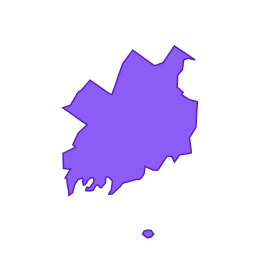 Lincoln, Maine, United States of America, rotated 23°
{"feature_id": "52423323B80760419757691", "entity_name": "Lincoln", "entity_type": "district", "adm_level": 2, "iso_a3": "USA", "parent_name": "United States of America", "parent_adm1": "Maine", "projection": "robinson", "projection_center": [-69.539, 44.048], "detail": "fine", "context": "isolated", "style": "filled", "palette": "violet", "viewbox_px": 256, "rotation_deg": 23, "n_neighbors": 0, "source": "geoboundaries", "source_scale": "gbopen_adm2", "svg_char_len": 1376}
<svg xmlns="http://www.w3.org/2000/svg" viewBox="0 0 256 256"><g transform="rotate(23 128 128)"><path d="M138.6,34.4L134.8,54.2L133.0,55.8L128.1,60.4L101.9,54.5L101.6,55.9L98.0,71.0L100.2,103.3L97.8,103.8L74.4,98.9L70.3,111.6L68.2,114.3L66.1,129.6L60.2,134.9L75.3,138.0L77.4,138.7L89.1,141.0L84.2,152.2L83.7,164.8L87.3,166.2L78.1,176.7L84.4,190.5L91.2,188.4L89.7,198.6L89.8,198.6L91.1,198.8L92.8,200.0L92.8,201.3L98.1,209.4L99.8,213.1L102.3,209.3L101.7,205.3L101.1,201.1L102.0,195.0L105.8,192.0L107.1,192.7L107.0,194.8L109.3,198.0L110.8,196.5L111.3,194.6L111.3,192.2L113.5,188.1L116.0,187.8L117.5,190.3L116.6,196.7L115.1,198.4L113.5,198.3L113.2,201.8L113.6,202.2L117.6,200.7L120.2,199.1L121.0,193.2L121.7,192.6L122.8,192.4L125.4,193.6L126.8,193.4L128.7,187.1L127.3,183.5L127.2,181.8L127.6,181.1L129.0,180.6L133.9,182.5L135.1,184.8L136.8,192.3L136.1,194.7L136.4,196.6L139.4,194.6L143.8,184.6L144.5,181.1L156.1,171.8L158.8,170.9L160.1,167.5L160.6,163.4L158.6,156.7L167.5,156.9L171.9,155.2L174.9,139.0L179.5,137.1L184.1,141.2L186.1,132.5L195.8,126.4L195.8,125.7L188.3,112.8L190.3,101.0L185.7,88.3L181.6,76.7L172.8,78.0L164.2,76.3L164.8,73.6L157.3,71.2L153.1,60.0L155.3,52.9L152.6,43.6L156.3,40.2L163.2,39.1L138.6,34.4ZM183.1,216.7L182.8,220.0L188.8,221.6L191.9,219.1L193.1,215.6L189.4,213.4L186.1,214.2L183.1,216.7Z" fill="#8b5cf6" stroke="#5b21b6" stroke-width="1.5"/></g></svg>